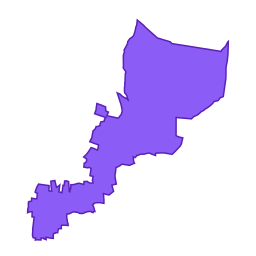 Tekom, Yucatán, Mexico (Natural Earth projection), rotated 177°
{"feature_id": "50627088B49357415641564", "entity_name": "Tekom", "entity_type": "district", "adm_level": 2, "iso_a3": "MEX", "parent_name": "Mexico", "parent_adm1": "Yucatán", "projection": "natural_earth1", "projection_center": [-88.348, 20.501], "detail": "fine", "context": "isolated", "style": "filled", "palette": "violet", "viewbox_px": 256, "rotation_deg": 177, "n_neighbors": 0, "source": "geoboundaries", "source_scale": "gbopen_adm2", "svg_char_len": 5784}
<svg xmlns="http://www.w3.org/2000/svg" viewBox="0 0 256 256"><g transform="rotate(177 128 128)"><path d="M226.5,21.0L224.3,21.1L220.8,20.7L220.6,22.5L219.8,22.5L219.0,22.5L217.9,22.4L217.9,22.0L217.9,21.8L215.6,20.8L215.6,23.2L210.4,21.9L208.4,21.7L208.2,25.2L208.0,26.3L206.2,26.8L206.1,27.2L203.7,27.1L203.5,28.5L203.2,29.3L202.6,31.0L199.8,31.0L199.9,32.4L199.6,33.5L199.3,34.4L195.4,34.2L193.6,33.8L192.9,33.7L192.9,34.3L192.9,34.9L192.9,35.8L193.1,36.3L193.3,36.7L193.4,37.2L193.4,37.5L193.5,38.1L193.5,38.7L193.5,39.2L193.5,39.5L193.6,40.0L193.7,40.7L193.7,41.2L193.9,41.9L193.6,45.4L193.3,45.5L192.7,45.3L192.3,45.3L192.1,45.3L191.1,45.4L190.8,45.5L190.6,45.7L190.3,45.8L189.8,46.0L189.4,46.1L188.9,46.4L188.5,46.6L188.2,46.7L187.9,46.9L186.3,47.1L186.0,47.1L185.7,47.0L185.5,46.9L184.9,46.7L184.5,46.7L184.2,46.6L183.9,46.6L183.5,46.7L182.8,46.4L182.6,46.3L182.3,46.1L181.9,45.9L181.6,45.7L181.1,45.5L180.8,45.3L180.6,45.2L180.4,45.2L178.4,45.0L178.0,45.0L177.4,45.1L177.1,45.2L176.8,45.3L176.2,45.5L175.8,45.6L175.4,45.9L174.4,46.1L174.0,46.2L173.8,46.3L173.4,46.4L172.8,46.5L172.3,46.6L171.6,46.6L170.7,46.7L170.1,46.7L169.9,46.6L169.5,46.4L169.0,46.3L168.9,46.1L168.3,45.7L168.0,45.5L167.5,45.4L167.3,45.4L167.3,45.6L167.1,46.3L165.4,46.3L166.1,49.5L166.5,51.1L167.4,53.1L167.2,53.2L166.9,53.4L166.6,53.8L166.1,53.9L165.9,54.3L165.6,54.6L165.2,54.7L164.9,54.8L164.5,54.9L164.0,55.0L163.5,55.0L163.1,55.0L162.8,55.0L162.5,55.0L160.3,55.0L156.0,54.0L155.8,57.5L156.0,63.8L153.4,62.9L150.4,62.1L145.7,65.5L147.1,71.8L142.6,72.6L143.2,77.1L143.3,78.2L143.5,79.9L143.6,80.9L143.5,81.6L142.8,84.4L142.7,85.7L142.3,86.9L142.3,87.9L142.1,89.1L140.9,89.5L138.8,90.4L135.8,92.2L128.4,90.6L123.4,92.5L123.5,92.6L123.6,93.2L124.0,94.1L124.1,94.7L124.2,95.4L124.1,95.6L124.1,96.0L124.2,96.4L124.2,97.0L124.2,97.4L124.2,98.0L124.3,98.8L124.1,98.7L123.8,98.4L123.6,98.4L123.3,98.4L123.0,98.3L122.5,98.1L122.0,98.5L121.7,98.8L121.2,99.2L121.0,99.6L120.8,100.0L120.3,100.1L120.0,100.1L119.3,100.3L118.7,100.5L118.2,100.7L117.2,100.9L116.6,101.2L116.4,101.3L116.1,101.2L114.9,101.1L114.3,101.1L113.5,101.0L112.9,101.1L112.2,101.2L111.6,101.4L110.3,101.7L109.9,101.8L109.6,101.8L109.1,101.8L108.4,101.9L107.9,101.7L107.6,101.6L106.7,101.2L105.6,100.6L104.9,100.3L104.4,100.2L104.0,100.0L103.5,99.8L103.0,99.6L102.5,99.3L102.0,99.1L101.9,100.7L101.7,101.3L99.6,101.4L98.5,101.4L98.4,101.4L95.9,101.4L93.4,101.2L85.6,99.5L85.3,99.4L82.2,102.1L79.1,105.0L78.4,105.8L77.2,106.7L76.7,107.5L75.4,109.6L74.8,112.0L74.5,112.9L73.8,115.3L77.4,116.3L80.4,117.8L79.4,136.0L76.9,135.6L64.1,133.8L62.5,135.4L61.3,136.1L57.5,137.6L53.7,140.7L52.5,141.2L51.8,141.4L49.8,143.0L48.6,143.5L45.7,145.3L44.9,145.9L43.7,146.8L42.4,147.9L40.7,149.9L40.1,150.1L39.2,150.2L36.7,150.6L34.3,153.3L31.2,154.4L27.7,172.2L26.9,183.6L25.3,190.1L24.3,196.6L23.3,209.2L23.9,208.7L26.2,204.7L30.4,200.9L31.0,199.6L61.8,206.2L79.8,210.0L80.6,211.0L81.2,211.8L94.0,216.4L105.7,228.0L106.9,229.6L113.1,235.3L113.9,230.3L114.8,228.5L115.9,224.3L117.2,220.8L118.3,219.1L120.2,217.9L121.7,216.9L123.7,214.3L124.2,212.0L127.8,206.1L127.6,204.3L128.9,200.6L129.3,190.4L129.5,189.3L129.6,188.8L129.6,188.4L129.5,188.1L129.1,187.4L128.8,187.0L128.4,186.2L128.2,185.8L127.7,185.3L127.5,184.9L127.4,184.6L127.3,184.1L127.3,183.9L127.3,183.5L127.5,183.0L127.8,182.7L127.8,181.9L127.9,181.2L128.1,179.9L128.1,179.4L128.1,179.0L128.2,178.4L128.3,177.4L128.4,176.9L128.4,176.3L128.4,175.5L128.6,174.4L128.8,173.5L128.8,173.1L128.8,172.3L128.8,172.0L128.9,171.7L128.9,171.0L128.9,170.8L129.0,170.2L129.2,169.8L129.3,169.1L129.3,168.5L129.4,168.2L129.5,167.2L129.5,166.7L129.5,166.1L129.6,165.9L129.6,165.3L129.6,164.5L129.4,163.1L129.1,162.7L128.4,162.0L128.1,161.5L127.9,161.1L127.6,160.5L127.5,160.3L127.4,160.0L127.2,159.1L127.1,158.5L127.0,158.0L126.9,157.7L126.8,157.2L126.7,157.0L126.5,156.2L127.1,156.7L127.8,157.4L128.4,157.8L129.0,158.1L129.6,158.5L130.3,158.8L130.7,159.0L131.6,159.7L132.1,160.1L132.6,160.5L132.9,161.0L133.1,161.2L133.9,161.9L134.1,162.2L134.4,162.5L135.2,162.8L135.8,163.1L136.4,163.3L136.9,163.6L133.7,151.6L132.8,145.6L133.8,142.4L134.3,141.7L135.5,140.3L136.0,139.7L136.5,139.2L136.9,138.8L137.4,138.4L148.4,141.4L146.7,144.9L149.2,146.2L149.3,150.3L153.9,152.5L155.4,153.1L157.8,154.1L158.6,150.2L158.9,148.0L160.6,144.0L149.6,139.6L150.9,138.2L151.5,135.9L154.7,135.6L155.7,133.6L155.8,131.8L158.7,131.1L159.8,131.1L160.2,129.9L161.3,128.3L163.1,126.9L163.7,124.2L164.6,120.5L164.6,120.0L165.7,118.6L166.9,116.3L165.0,115.6L163.1,114.6L158.3,112.7L159.1,109.0L159.7,107.6L163.1,109.3L165.8,110.4L168.8,106.3L171.0,103.7L173.8,101.4L170.9,99.1L171.1,97.5L171.4,96.7L172.0,96.0L172.8,95.3L173.7,95.0L173.8,93.1L174.2,91.3L172.9,91.0L170.9,90.4L168.7,90.6L167.0,89.5L168.5,82.4L165.4,81.5L165.9,79.0L166.4,77.4L165.8,76.3L165.9,74.8L168.6,75.0L170.3,75.8L171.4,76.8L174.7,76.9L175.2,73.9L177.0,74.6L179.7,75.4L181.8,75.2L184.2,74.5L186.3,74.3L188.0,74.4L188.3,70.8L189.1,69.2L189.5,67.4L189.9,67.7L189.9,69.1L190.1,77.6L192.4,78.5L194.1,78.4L194.2,77.2L194.9,74.0L195.9,74.2L197.3,66.8L198.2,67.1L198.5,67.4L199.0,67.4L199.5,67.6L200.3,67.8L199.1,74.7L200.1,73.9L201.4,73.1L202.5,72.5L203.4,77.0L203.8,79.4L207.9,78.9L207.8,77.0L207.8,75.8L207.9,73.7L207.6,70.6L207.5,69.0L208.4,69.2L210.2,69.3L209.8,74.6L211.7,75.0L215.6,75.7L220.2,76.7L220.8,75.8L221.8,74.3L222.9,71.9L223.4,70.8L223.7,70.0L224.0,69.3L224.0,68.5L222.0,67.6L222.7,62.1L223.7,62.1L224.5,62.2L225.8,62.5L227.2,62.8L227.9,63.0L228.2,60.1L229.6,59.7L230.7,59.8L231.2,59.4L231.4,58.8L231.6,54.4L232.3,52.4L232.7,48.7L230.7,49.4L228.1,49.4L228.3,46.8L228.5,44.2L226.4,44.0L228.0,34.7L228.4,32.8L228.6,29.5L229.0,26.1L229.0,25.4L228.8,24.7L228.4,23.3L226.1,23.0L226.3,22.0L226.5,21.0Z" fill="#8b5cf6" stroke="#5b21b6" stroke-width="1.5"/></g></svg>